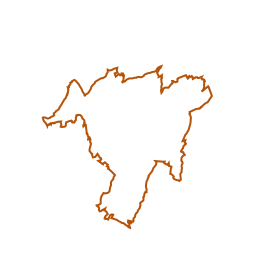 Strehaia, Mehedinti, Romania, rotated 308°
{"feature_id": "2599482B78091159636485", "entity_name": "Strehaia", "entity_type": "district", "adm_level": 2, "iso_a3": "ROU", "parent_name": "Romania", "parent_adm1": "Mehedinti", "projection": "albers", "projection_center": [23.174, 44.633], "detail": "fine", "context": "isolated", "style": "outline", "palette": "amber", "viewbox_px": 256, "rotation_deg": 308, "n_neighbors": 0, "source": "geoboundaries", "source_scale": "gbopen_adm2", "svg_char_len": 5789}
<svg xmlns="http://www.w3.org/2000/svg" viewBox="0 0 256 256"><g transform="rotate(308 128 128)"><path d="M117.8,201.0L119.7,201.5L124.0,197.5L126.5,197.3L127.5,196.3L129.5,195.3L130.8,193.8L132.3,193.0L133.6,192.9L134.8,191.5L135.1,190.1L137.7,188.5L139.7,188.4L141.8,189.3L142.2,187.2L142.8,186.8L142.9,186.4L142.0,184.5L142.1,184.2L142.9,183.9L143.6,184.0L145.2,183.7L145.9,183.8L147.3,183.1L149.6,183.0L150.6,183.5L151.2,183.4L151.4,183.2L151.4,181.6L153.7,180.7L151.4,179.1L157.8,177.4L160.7,177.5L162.1,177.1L163.9,176.9L170.2,174.3L175.0,171.1L176.2,169.5L176.9,167.7L177.8,167.7L178.5,166.7L183.9,169.4L187.3,172.0L187.3,172.5L188.3,172.7L189.2,172.5L189.5,172.6L189.6,172.9L190.3,172.8L190.6,173.2L191.4,173.1L194.7,173.7L197.4,174.9L204.8,174.4L206.0,172.7L210.1,166.0L210.2,165.5L202.9,163.9L202.9,163.6L204.3,163.8L207.0,162.9L207.8,162.4L208.4,161.6L209.9,160.8L211.2,159.5L212.1,159.9L212.9,158.5L212.6,158.3L212.8,157.9L212.7,157.3L212.1,156.7L212.3,156.5L212.1,155.8L213.1,154.8L213.6,154.7L212.9,154.4L212.8,154.0L211.3,153.3L210.6,152.6L210.3,152.1L210.6,151.3L209.6,150.0L208.5,149.8L206.5,148.9L206.9,148.4L207.4,148.6L207.9,147.6L207.6,147.5L208.1,146.2L206.2,145.5L206.6,144.3L204.6,144.0L204.0,144.8L203.7,144.6L205.3,141.4L204.6,141.0L204.6,140.7L198.0,136.8L197.5,137.1L196.9,136.8L195.2,138.3L194.9,138.3L193.4,137.4L192.9,136.1L193.0,135.7L192.7,134.3L192.3,133.9L191.9,134.7L190.5,135.6L190.2,135.5L190.2,135.1L184.8,135.1L184.7,134.5L183.9,134.2L183.1,132.8L182.0,131.9L180.3,131.9L177.3,132.7L176.3,132.7L178.0,130.8L180.3,129.8L180.7,129.0L183.8,127.6L184.6,126.2L186.5,124.7L186.9,124.0L188.5,124.0L188.9,123.7L189.1,123.0L188.4,122.0L190.1,122.4L190.5,122.2L188.4,121.4L188.0,120.7L187.9,121.0L187.2,120.7L187.6,120.5L189.4,116.9L191.9,116.8L192.8,116.4L195.5,116.6L197.2,116.2L194.6,114.7L192.1,114.5L190.4,115.1L188.5,114.0L186.9,112.5L185.5,111.8L182.9,109.6L180.9,108.5L179.9,108.2L178.5,108.3L176.4,107.4L175.8,106.8L174.8,104.8L173.6,103.9L172.9,103.8L171.7,102.3L169.7,100.9L169.0,99.9L167.7,98.4L165.4,97.2L162.8,96.8L160.6,95.6L161.0,95.0L162.8,95.1L163.9,94.1L165.7,93.3L167.0,92.4L167.1,91.9L167.9,90.5L167.0,89.3L166.7,89.5L166.4,90.8L165.9,91.0L166.1,89.5L164.7,89.3L164.9,87.5L161.0,86.7L161.7,85.5L162.8,83.9L165.3,85.4L166.6,83.6L168.8,82.5L166.3,80.6L163.7,79.5L162.1,78.3L161.6,77.2L161.4,76.1L159.6,77.6L157.1,77.9L156.3,78.4L154.6,78.6L151.6,77.4L151.3,76.8L150.2,76.0L144.1,73.7L142.6,74.3L141.1,73.9L137.9,73.8L136.1,74.6L131.7,75.1L130.4,74.9L128.7,74.2L126.1,74.0L127.1,73.7L127.7,73.0L128.7,69.8L130.2,67.4L131.5,63.6L132.1,62.5L132.9,58.3L133.0,56.5L132.8,56.1L130.5,55.1L130.3,55.4L129.3,55.5L128.9,54.9L128.1,54.7L128.1,55.0L127.0,55.7L124.7,55.4L124.4,56.0L123.8,56.0L123.6,56.4L123.0,56.0L122.8,55.6L121.5,57.5L121.2,57.4L119.3,58.6L116.7,59.8L116.3,59.8L116.6,59.4L116.3,59.5L113.4,60.5L111.6,60.3L103.0,61.4L102.0,61.3L100.9,61.9L98.4,61.5L97.2,60.9L96.1,61.1L93.8,60.5L93.0,61.3L92.7,62.0L91.6,61.8L89.0,60.4L88.3,60.4L86.3,59.2L85.8,58.5L85.3,56.3L84.5,55.1L83.7,54.5L81.7,57.2L81.7,58.2L81.5,58.5L81.0,60.9L79.9,63.1L80.8,62.6L81.6,63.8L82.5,64.0L82.4,63.5L83.9,64.0L83.5,65.1L84.0,64.9L85.4,65.3L86.2,66.1L86.3,66.4L86.0,66.6L86.2,67.0L87.0,67.4L87.4,67.2L89.9,69.0L91.9,71.2L90.8,71.5L90.4,72.5L89.6,73.5L87.6,74.1L87.8,74.9L89.6,76.9L90.7,77.6L91.6,77.5L93.9,75.9L94.4,75.8L97.0,77.3L98.2,78.4L99.0,78.8L98.9,79.9L98.1,80.5L99.0,82.2L99.7,82.3L100.8,81.8L102.2,82.0L104.0,80.6L105.3,80.3L105.9,79.6L106.4,79.5L106.8,79.8L106.9,80.3L108.1,81.1L108.7,82.2L108.8,82.8L108.6,83.4L108.7,84.3L107.4,86.2L107.6,86.9L107.2,88.7L105.3,90.8L104.8,90.4L103.9,91.4L102.6,91.0L101.8,91.9L103.9,92.1L104.5,92.8L98.1,99.1L98.5,99.4L96.7,101.8L97.0,103.4L96.8,103.7L95.3,103.2L94.7,103.3L94.4,103.6L96.4,104.5L95.9,105.5L94.8,106.0L94.4,106.0L93.4,107.3L93.3,107.9L92.9,108.1L92.7,108.6L87.6,110.8L86.3,111.7L85.3,115.1L85.6,115.5L85.5,115.8L84.0,117.1L83.3,117.1L83.6,117.2L83.7,117.8L83.2,118.4L85.1,120.0L88.8,119.9L87.3,124.0L87.6,125.2L86.9,126.2L85.1,126.1L84.7,125.4L83.8,124.8L84.0,130.7L85.2,130.4L85.4,130.7L86.7,130.9L86.6,134.6L86.6,134.8L86.0,134.9L84.8,134.9L85.0,135.7L85.2,135.8L85.3,136.7L83.7,137.3L84.1,137.9L83.8,138.2L83.6,141.7L82.9,146.7L80.3,147.0L78.5,147.9L76.2,147.7L74.4,148.2L72.7,149.7L70.0,150.6L66.7,152.4L64.8,152.2L64.0,151.6L62.2,150.2L61.9,148.9L61.7,148.7L57.9,149.1L55.4,150.1L51.8,152.9L50.2,152.7L47.7,151.0L47.4,152.1L47.6,153.6L47.3,154.3L46.5,155.1L45.7,155.3L44.9,156.9L45.7,157.8L48.0,158.4L49.5,159.3L50.4,159.6L48.5,160.2L48.8,161.1L48.7,162.4L48.1,164.5L47.7,165.0L44.4,164.5L42.4,165.2L42.5,165.4L42.8,165.4L42.9,166.0L42.5,166.3L43.5,167.3L43.6,168.7L48.3,167.6L49.9,168.4L50.3,168.9L50.5,169.8L46.8,170.4L48.8,175.9L48.7,177.1L49.3,179.9L49.4,181.6L50.4,183.3L50.1,184.7L50.3,185.0L50.2,186.4L50.3,187.0L50.6,187.6L50.1,189.4L50.6,191.1L51.0,190.7L51.6,189.1L52.3,189.0L53.5,188.1L53.6,187.8L53.1,187.9L53.1,187.6L53.3,187.1L53.6,187.0L53.8,185.9L55.2,185.1L56.3,187.6L55.6,188.2L55.5,187.7L55.1,187.5L55.2,189.1L57.0,188.8L57.5,189.8L58.5,189.4L59.4,188.4L60.4,188.0L62.1,188.2L63.7,187.4L65.4,186.9L67.3,187.3L69.1,186.6L72.4,186.5L73.7,185.7L75.0,185.4L76.0,183.9L77.2,183.9L80.3,184.7L81.6,183.9L82.6,182.8L83.3,183.0L83.7,182.8L83.6,182.6L85.2,182.1L86.8,181.2L88.2,181.1L88.2,181.8L89.0,182.1L89.3,181.5L90.1,181.2L91.2,180.4L92.0,179.2L93.2,177.9L97.1,175.6L99.0,175.2L100.7,174.6L102.0,174.5L102.0,174.2L102.9,173.6L108.9,173.6L112.1,172.7L116.3,172.7L118.4,171.6L118.8,169.9L122.8,176.0L124.0,177.5L123.0,177.7L122.9,178.4L122.6,178.5L123.0,180.2L123.2,181.7L125.5,181.6L123.3,183.7L124.3,186.0L123.4,186.6L122.7,186.6L117.9,189.5L118.4,190.9L118.0,193.9L116.6,194.3L116.2,196.0L117.1,198.8L117.9,200.0L117.8,201.0Z" fill="none" stroke="#b45309" stroke-width="2"/></g></svg>